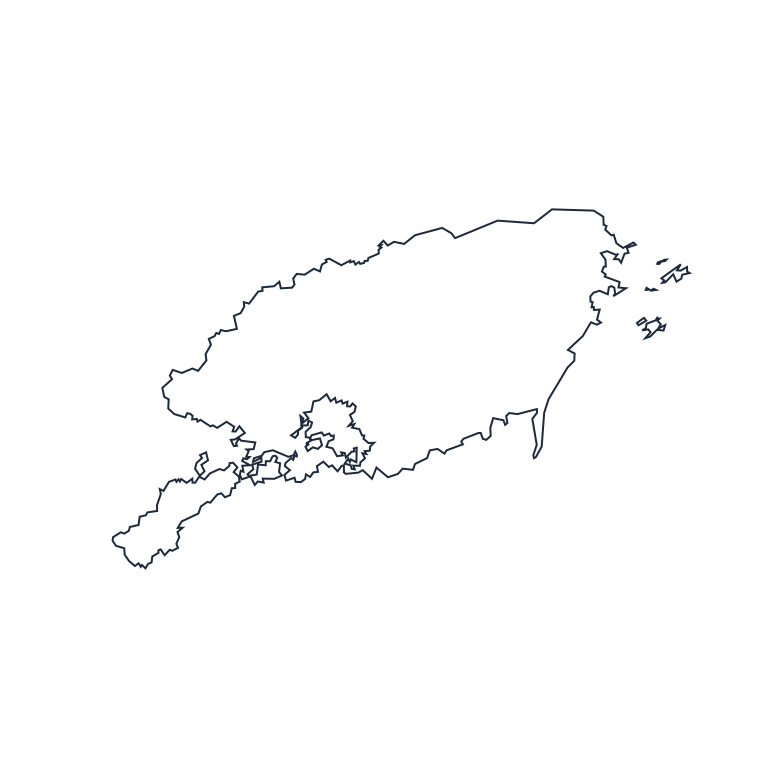 Las Palmas, Veraguas, Panama, rotated 232°
{"feature_id": "35544464B23901142884801", "entity_name": "Las Palmas", "entity_type": "district", "adm_level": 2, "iso_a3": "PAN", "parent_name": "Panama", "parent_adm1": "Veraguas", "projection": "natural_earth1", "projection_center": [-81.526, 8.102], "detail": "fine", "context": "isolated", "style": "outline", "palette": "slate", "viewbox_px": 768, "rotation_deg": 232, "n_neighbors": 0, "source": "geoboundaries", "source_scale": "gbopen_adm2", "svg_char_len": 6159}
<svg xmlns="http://www.w3.org/2000/svg" viewBox="0 0 768 768"><g transform="rotate(232 384 384)"><path d="M277.3,457.2L283.5,460.5L284.0,464.8L278.1,470.7L270.1,489.0L267.1,486.8L265.2,479.4L242.0,466.9L235.8,457.6L233.1,456.6L232.9,458.8L237.6,469.7L262.7,492.5L270.7,504.3L284.0,538.8L285.2,548.3L290.7,553.0L297.6,549.9L299.4,570.2L305.2,585.1L299.8,588.2L298.8,592.8L303.6,591.5L309.9,599.8L313.1,595.0L315.6,596.7L316.6,594.8L320.1,598.8L321.8,597.5L326.0,600.5L327.0,605.4L324.7,611.3L316.9,615.6L321.8,620.7L321.2,623.4L318.2,624.8L312.9,621.8L312.0,618.8L310.5,633.6L315.7,628.2L319.3,632.4L332.8,624.0L333.9,626.2L338.4,624.9L341.1,629.4L340.0,631.1L345.7,635.1L353.6,635.4L351.4,641.5L342.3,646.7L342.7,649.0L340.7,642.2L337.8,645.8L333.6,645.5L338.6,653.8L336.8,657.4L341.9,659.3L338.7,668.1L341.9,667.7L344.0,656.2L351.8,653.8L360.2,656.9L361.2,654.7L369.5,653.4L371.5,656.6L374.2,655.1L380.8,659.8L391.5,656.0L418.2,623.9L418.3,601.2L442.8,574.1L455.2,529.8L461.4,529.9L471.2,525.9L482.1,500.1L482.0,486.1L489.9,479.4L490.8,472.2L497.2,471.7L496.5,465.5L495.1,467.3L494.9,465.0L493.1,465.9L493.1,462.3L490.0,460.2L492.9,449.3L491.1,447.0L492.9,444.5L491.7,442.9L493.3,439.2L495.5,439.5L495.7,435.0L499.4,435.8L500.6,432.3L502.1,433.4L503.9,423.5L516.4,418.1L517.8,414.5L515.5,413.9L516.4,408.6L512.1,402.9L518.0,399.7L519.0,388.8L524.5,383.0L523.0,377.4L517.5,374.7L516.5,370.9L522.9,361.6L529.0,364.5L528.7,357.6L535.1,347.6L532.2,345.6L534.3,341.8L530.4,327.2L534.8,323.9L531.0,321.5L528.1,314.7L530.1,307.7L518.0,302.0L522.9,291.9L527.0,288.6L525.1,284.8L527.5,283.2L526.0,279.9L527.4,273.7L521.5,271.8L517.4,261.8L511.9,258.6L508.8,245.6L514.1,242.6L517.2,231.4L525.2,226.2L522.5,220.4L518.3,219.9L517.4,206.9L509.1,202.9L504.5,204.9L497.5,198.9L489.5,200.2L480.0,206.8L482.2,210.9L479.7,213.0L476.8,213.6L474.2,211.0L471.6,215.0L469.2,213.9L468.8,217.3L457.4,221.2L456.8,223.7L452.2,225.5L451.1,236.7L442.5,239.6L439.9,235.5L437.9,237.8L439.7,244.0L431.1,244.2L432.0,232.6L434.3,228.9L427.5,227.5L425.8,230.1L428.3,230.8L430.4,236.3L427.3,236.5L417.2,246.6L412.9,241.2L417.0,235.4L414.4,236.0L411.5,230.7L409.2,233.1L409.1,229.7L412.0,227.4L410.7,224.9L402.5,228.4L406.8,222.0L401.4,219.2L403.9,217.7L401.0,214.4L396.4,213.3L393.8,220.8L396.9,220.9L397.3,228.6L401.6,230.5L398.2,239.7L401.3,241.9L403.3,232.9L405.6,235.7L402.8,243.4L404.0,247.8L400.2,255.6L385.5,263.8L383.5,268.9L385.4,272.5L381.8,271.8L380.6,270.7L382.6,269.4L380.2,265.8L382.7,265.5L382.4,257.8L380.4,255.4L374.0,256.8L373.7,249.6L368.2,247.3L365.2,255.8L361.3,254.1L357.9,258.1L357.7,263.3L360.8,266.9L356.2,268.6L357.9,273.9L355.4,277.9L360.6,280.6L360.1,288.4L352.6,289.4L351.9,293.0L343.8,293.7L345.6,300.3L344.5,302.2L339.0,298.0L336.7,298.6L330.0,309.1L329.2,314.2L316.7,316.2L322.8,326.6L308.1,329.7L304.6,339.5L305.8,346.6L298.5,354.0L301.9,359.2L299.1,372.4L303.5,379.2L299.9,386.2L291.9,388.8L293.2,392.5L287.9,409.0L291.1,409.5L291.9,412.8L287.3,428.1L285.9,430.1L280.0,428.1L277.0,430.2L277.4,436.1L284.0,440.8L289.9,449.0L281.9,455.8L277.2,454.3L277.3,457.2ZM339.4,314.1L350.6,323.3L351.8,320.5L349.1,319.2L350.6,316.7L349.4,308.6L353.7,310.6L356.4,308.2L353.1,307.6L356.0,302.6L365.0,303.9L370.0,300.0L373.0,305.2L371.5,310.1L374.3,312.7L375.5,310.3L378.7,310.4L380.4,304.9L384.2,305.1L388.1,295.7L387.2,292.8L384.5,292.0L380.6,300.0L374.0,297.5L373.6,291.9L377.9,289.0L378.1,282.6L382.8,283.4L383.0,288.2L383.5,285.5L385.1,286.8L384.4,291.1L387.5,292.3L390.3,289.7L394.6,292.8L395.1,299.5L397.9,303.6L401.7,302.0L398.4,298.4L401.8,293.9L400.0,292.8L400.0,287.3L397.3,285.4L396.2,280.9L400.7,279.2L400.5,292.6L410.3,298.5L406.4,299.2L403.4,294.8L403.6,303.4L410.7,303.4L407.0,309.7L413.7,317.7L411.1,323.0L411.3,332.5L403.2,331.3L403.2,336.8L398.6,334.9L397.2,340.5L394.0,339.3L392.6,344.3L389.2,341.2L387.1,343.6L388.1,347.2L383.7,348.0L380.2,343.6L380.6,338.1L373.9,336.5L372.8,330.5L370.7,336.0L369.2,332.0L363.6,336.8L357.0,335.0L355.5,336.7L353.5,334.1L346.9,335.5L343.8,340.0L343.3,334.8L340.2,331.7L343.0,327.5L339.7,327.0L342.7,324.4L337.1,323.2L336.8,317.2L334.4,314.7L338.6,309.5L334.7,308.4L336.9,306.3L340.5,307.7L345.4,304.1L347.2,310.0L343.6,309.1L344.9,311.4L339.4,314.1ZM392.7,188.9L391.2,194.4L395.6,199.9L393.6,202.7L397.0,205.2L395.9,210.2L400.5,212.6L407.1,211.3L408.5,217.1L414.9,216.6L416.7,213.5L414.7,211.7L414.4,204.7L418.3,202.0L420.7,191.9L419.2,183.9L424.7,181.3L422.5,174.3L424.2,172.4L427.4,174.6L427.6,167.6L434.0,165.7L432.9,163.1L435.4,163.4L434.7,160.2L437.1,160.9L439.3,154.3L435.5,144.4L439.2,142.6L434.7,140.4L428.2,130.4L423.6,127.1L428.5,118.5L427.2,115.5L429.8,109.7L424.0,103.8L427.8,95.7L425.4,92.6L426.0,87.2L429.2,85.3L430.1,76.2L427.5,73.6L421.5,73.2L414.5,78.2L409.2,74.6L401.4,74.1L393.9,75.7L393.8,80.3L389.7,79.8L390.4,81.8L385.6,82.6L387.5,87.1L386.5,91.0L390.7,95.2L389.8,102.4L391.9,103.9L391.1,106.2L384.1,105.7L385.3,113.1L382.9,114.5L381.7,120.8L385.9,122.0L389.4,128.4L394.5,130.1L394.7,136.8L397.6,132.9L400.3,140.0L396.2,158.0L400.3,164.4L399.8,172.3L397.4,174.1L399.6,184.7L397.9,188.6L392.7,188.9ZM374.7,247.3L379.2,247.1L385.5,253.3L389.5,250.4L391.6,254.5L394.4,254.2L395.6,251.7L393.2,246.7L395.9,243.4L392.8,240.7L398.1,235.2L391.0,227.9L394.2,222.1L384.0,220.0L384.9,224.5L380.4,228.5L384.1,230.2L376.8,239.2L374.7,247.3ZM293.1,668.6L292.4,665.6L290.9,668.5L292.4,679.5L284.6,677.5L284.0,683.2L286.5,686.2L283.3,693.1L285.9,692.1L289.6,694.8L290.8,687.4L293.2,684.8L295.6,691.5L296.5,667.7L293.1,668.6ZM260.7,625.9L259.2,618.1L257.5,623.0L258.7,632.4L254.0,637.2L257.3,641.9L258.9,634.3L260.7,638.9L265.6,638.4L265.9,641.2L267.0,639.4L268.4,641.0L266.9,637.3L269.8,628.1L266.9,624.8L267.3,620.4L264.4,625.8L260.7,625.9ZM439.7,201.7L441.2,195.2L437.7,195.1L437.2,187.7L433.5,182.9L425.1,182.4L425.7,188.8L432.7,190.3L432.2,198.3L439.7,201.7ZM276.4,620.9L273.6,620.7L272.5,629.7L276.1,629.6L276.4,620.9ZM293.0,655.1L293.6,651.2L290.6,656.3L293.0,655.1ZM310.0,678.4L311.2,674.7L310.5,673.3L309.1,674.9L310.0,678.4ZM297.0,648.2L295.0,651.1L295.1,651.3L298.1,650.1L297.0,648.2ZM308.1,683.2L309.4,681.3L309.0,679.2L307.9,681.2L308.1,683.2Z" fill="none" stroke="#1e293b" stroke-width="2"/></g></svg>